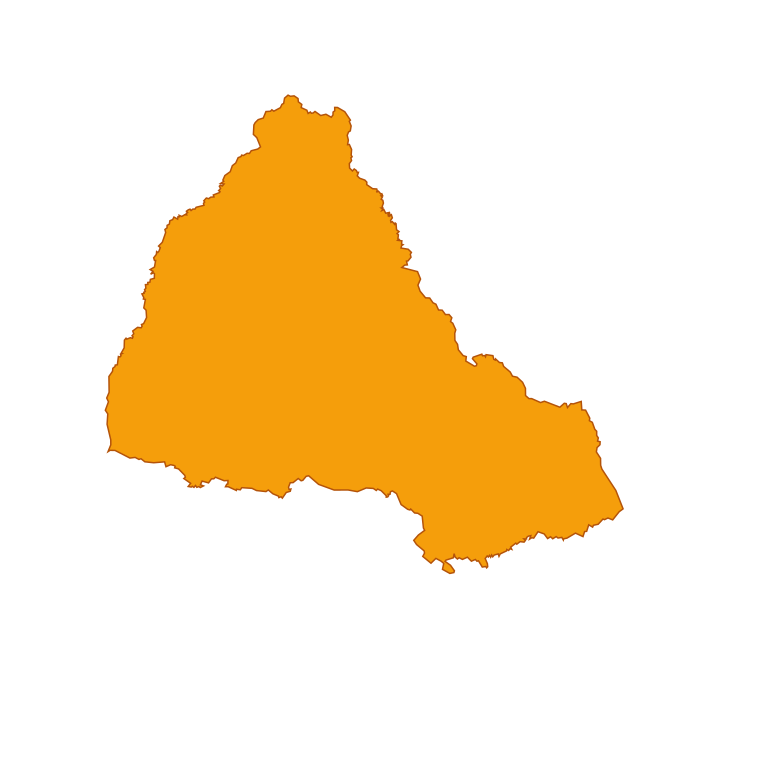 outline of Ngawi, Jawa Timur, Indonesia, rotated 33°
{"feature_id": "22746128B17210029520680", "entity_name": "Ngawi", "entity_type": "district", "adm_level": 2, "iso_a3": "IDN", "parent_name": "Indonesia", "parent_adm1": "Jawa Timur", "projection": "robinson", "projection_center": [111.347, -7.432], "detail": "fine", "context": "isolated", "style": "filled", "palette": "amber", "viewbox_px": 768, "rotation_deg": 33, "n_neighbors": 0, "source": "geoboundaries", "source_scale": "gbopen_adm2", "svg_char_len": 6170}
<svg xmlns="http://www.w3.org/2000/svg" viewBox="0 0 768 768"><g transform="rotate(33 384 384)"><path d="M212.1,181.0L202.8,177.0L194.4,177.4L192.0,178.9L193.9,181.7L193.2,183.7L194.7,186.2L194.5,189.0L188.4,189.4L184.7,193.3L177.7,193.0L176.9,195.4L175.6,196.5L174.1,196.0L173.0,198.4L170.2,196.4L164.0,197.3L162.8,194.3L158.5,194.0L156.4,191.4L151.7,191.3L148.8,193.7L146.2,194.0L144.9,198.4L147.0,203.3L146.1,205.1L146.6,208.7L143.0,215.2L140.6,215.1L140.2,217.1L136.6,219.8L137.9,226.7L134.5,230.8L133.6,234.9L133.8,237.6L138.5,245.8L143.2,246.7L151.3,252.4L150.1,255.8L145.6,260.7L145.6,263.9L143.5,265.1L141.7,268.9L139.9,269.6L140.2,271.1L138.4,273.6L139.3,279.4L137.9,283.5L139.4,289.7L137.0,295.8L137.8,300.7L139.2,301.3L137.7,304.9L140.9,303.4L140.6,306.0L138.4,306.5L138.2,307.8L140.5,309.1L140.0,311.9L141.6,311.9L141.8,313.0L137.9,318.4L139.5,319.7L136.9,321.7L136.1,324.0L133.7,324.8L133.1,328.5L134.5,329.1L134.2,330.8L135.7,332.2L130.2,338.1L130.2,340.3L128.4,341.4L127.7,343.6L126.1,343.0L125.0,344.5L124.2,346.7L125.9,347.2L125.2,348.7L126.4,349.6L124.7,350.5L123.2,353.6L120.3,354.1L121.3,355.2L120.1,355.9L121.1,358.1L116.9,358.4L117.2,361.2L115.5,363.7L116.9,366.8L115.7,369.1L117.0,371.2L116.1,373.7L118.4,375.9L120.9,385.9L119.8,391.1L122.1,391.5L122.9,395.1L122.7,396.9L121.2,396.8L122.5,399.3L122.1,403.6L124.2,405.4L125.2,404.8L127.8,410.9L125.5,415.4L128.9,415.3L128.5,419.0L130.1,416.4L131.4,416.5L133.8,420.4L131.1,423.5L132.2,426.1L130.6,427.5L131.7,429.1L129.8,430.6L132.1,433.4L131.8,435.3L133.4,436.4L132.6,437.9L133.4,438.6L131.9,440.3L135.4,442.3L135.9,443.8L137.8,443.0L141.1,451.0L144.3,451.7L148.7,457.6L149.5,464.3L148.2,466.2L149.7,467.3L149.7,469.1L146.5,470.7L144.4,476.4L146.8,478.2L146.4,480.8L147.8,481.1L148.1,482.7L146.1,483.3L143.8,486.5L142.7,486.1L142.4,488.6L146.4,495.2L146.8,501.5L147.7,501.2L146.8,502.5L148.1,503.6L147.8,505.1L146.3,505.6L149.9,513.1L148.3,514.5L148.9,515.9L148.0,518.5L149.4,521.2L149.2,527.5L158.0,540.7L159.1,546.8L162.6,549.0L164.6,557.8L168.6,559.5L173.7,568.6L185.3,579.7L188.0,583.8L189.4,591.0L190.4,588.8L194.6,586.2L211.2,584.5L215.3,581.1L219.6,580.7L220.9,579.0L225.8,579.5L233.7,575.5L242.4,568.8L246.2,572.1L249.0,567.9L252.2,566.7L253.7,566.7L254.1,568.3L257.9,567.1L266.6,569.1L268.2,570.4L267.6,572.3L275.9,572.6L275.6,576.6L278.5,575.4L278.9,574.2L280.9,574.2L281.2,571.8L283.3,572.6L284.6,570.8L286.3,570.9L288.1,567.8L284.9,568.5L284.3,564.5L290.7,562.5L291.0,557.5L292.9,556.2L293.4,554.0L302.6,552.2L305.7,549.9L307.5,552.9L306.7,553.7L307.0,556.5L309.3,555.0L318.1,553.7L317.6,552.6L321.1,551.0L321.2,548.4L330.1,543.4L335.1,542.8L343.6,538.5L344.7,535.9L350.6,536.6L356.6,535.5L357.7,536.5L359.1,534.6L360.9,535.1L361.1,528.2L363.8,525.0L363.1,522.8L361.8,524.1L360.1,522.5L359.1,517.9L361.5,516.2L363.5,510.0L367.2,510.3L368.4,509.0L369.0,503.8L370.8,502.0L383.8,503.8L399.9,500.1L411.7,492.4L420.3,488.8L425.7,480.9L431.9,477.4L435.5,477.5L435.9,475.6L439.8,475.0L446.7,476.5L447.5,477.7L448.6,476.7L448.7,475.1L447.5,474.3L449.1,473.2L448.1,470.8L449.3,469.1L454.2,469.1L464.0,475.8L472.1,476.2L474.4,475.5L474.5,474.3L479.9,475.5L482.8,474.0L488.0,474.0L495.5,483.3L497.8,484.6L495.1,491.9L494.1,498.9L498.7,500.9L508.6,502.1L510.1,503.8L510.4,507.5L521.0,508.7L522.5,502.0L528.2,501.5L531.8,501.9L534.0,507.6L542.4,507.0L545.3,504.1L544.8,502.3L538.5,499.8L531.8,499.5L531.9,497.9L536.8,492.0L535.2,488.1L537.9,490.4L540.9,490.8L541.6,488.8L545.3,488.4L548.3,483.8L553.8,485.0L556.2,481.4L558.5,482.0L559.5,480.8L566.1,484.0L568.8,481.6L570.2,482.3L570.5,480.8L568.6,478.4L563.9,475.2L564.2,472.0L565.7,472.3L565.8,470.3L567.8,471.2L567.4,468.8L569.3,469.7L569.6,467.4L572.3,464.3L574.3,465.9L574.0,463.2L577.7,457.2L577.1,455.9L579.2,455.7L579.4,453.5L581.2,453.1L579.1,451.8L581.2,445.7L582.6,446.0L584.0,442.1L587.6,440.3L587.8,438.2L585.7,437.7L587.9,436.4L587.2,435.1L587.9,433.0L589.7,431.2L590.6,434.8L591.6,432.5L593.5,431.7L593.6,424.0L600.0,422.5L605.4,424.5L606.9,421.4L609.8,421.9L611.5,418.2L613.8,418.4L616.7,415.8L619.4,417.2L619.0,416.0L621.4,413.6L625.8,404.8L634.0,403.6L632.6,398.5L634.2,397.2L632.4,390.6L636.9,390.4L636.6,388.4L640.0,385.0L641.2,378.0L642.8,377.7L644.8,374.4L649.8,373.4L650.8,363.0L652.5,358.5L636.4,347.0L613.1,336.7L610.0,334.2L606.1,328.4L599.1,325.3L597.3,321.3L598.2,317.3L596.7,314.7L594.2,315.6L593.1,312.5L590.4,311.3L588.1,307.8L585.5,307.2L579.6,302.7L576.2,302.9L575.2,300.6L567.3,296.1L564.0,298.0L558.9,291.2L553.6,297.6L551.4,298.7L550.7,303.8L547.5,301.2L545.7,302.0L544.1,307.7L527.9,311.1L525.4,314.3L515.9,315.8L513.5,317.3L509.0,316.6L505.0,310.6L499.3,307.1L491.9,305.8L487.5,307.5L483.3,305.2L474.8,304.1L471.7,301.8L469.1,303.1L463.9,302.2L464.3,303.3L462.6,303.5L459.9,300.9L453.6,303.8L454.3,305.9L453.0,305.3L451.2,306.7L449.8,305.7L444.2,312.9L444.4,314.6L450.9,316.5L451.5,318.3L450.3,319.8L440.1,320.2L438.1,316.2L434.9,317.1L427.7,314.8L424.1,310.7L419.7,308.8L415.7,302.9L414.7,299.5L408.6,295.6L405.8,295.4L404.8,291.5L400.7,290.3L397.7,292.3L392.6,290.4L389.4,292.2L384.1,288.8L380.8,289.2L375.5,287.0L371.9,289.1L363.7,286.5L358.6,282.6L357.5,276.1L350.9,271.5L335.5,276.6L336.6,273.0L338.7,271.4L335.9,268.7L337.1,267.7L337.6,263.0L335.4,260.9L335.3,258.7L330.9,257.8L324.2,260.7L323.4,258.4L324.1,256.8L322.5,257.1L321.0,254.2L317.3,256.0L317.8,254.5L316.6,254.7L314.8,251.0L313.0,250.8L313.6,248.0L310.5,247.8L306.8,243.0L305.7,242.9L306.0,244.3L302.5,243.3L301.8,244.6L300.4,243.2L300.5,240.1L298.1,238.1L296.8,241.2L296.8,239.5L296.1,240.6L295.0,239.5L295.9,238.0L295.1,237.2L292.4,239.8L288.9,237.8L287.8,239.6L287.7,237.9L285.8,237.9L287.0,236.8L285.8,236.1L285.0,232.6L283.0,230.6L281.0,230.6L280.8,228.2L279.1,227.8L280.3,226.8L278.5,225.6L277.9,226.4L274.3,225.3L273.2,227.3L273.2,225.7L271.7,224.4L268.1,226.4L260.9,226.2L259.7,224.1L256.9,223.4L251.4,224.7L248.2,224.0L247.3,220.4L246.3,221.1L244.5,220.0L241.9,219.9L241.5,222.5L237.6,221.7L234.9,218.1L235.1,214.3L233.0,212.3L233.5,210.8L231.8,209.9L229.1,205.0L224.5,202.0L223.1,203.1L221.3,198.9L217.7,195.5L217.0,191.9L217.9,190.1L215.9,185.5L211.8,182.6L212.1,181.0Z" fill="#f59e0b" stroke="#b45309" stroke-width="1.5"/></g></svg>